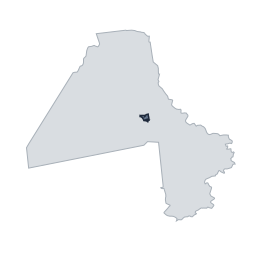 location of Dire, Timbuktu, Mali, rotated 264°
{"feature_id": "8926073B18441291459751", "entity_name": "Dire", "entity_type": "district", "adm_level": 2, "iso_a3": "MLI", "parent_name": "Mali", "parent_adm1": "Timbuktu", "projection": "natural_earth1", "projection_center": [-3.375, 16.321], "detail": "fine", "context": "in_parent", "style": "filled", "palette": "slate", "viewbox_px": 256, "rotation_deg": 264, "n_neighbors": 0, "source": "geoboundaries", "source_scale": "gbopen_adm2", "svg_char_len": 4658}
<svg xmlns="http://www.w3.org/2000/svg" viewBox="0 0 256 256"><g transform="rotate(264 128 128)"><path d="M40.8,199.7L40.9,198.7L40.1,198.0L40.1,197.6L40.5,194.6L40.5,193.8L40.8,192.3L40.3,191.6L40.2,191.1L39.0,189.1L38.6,187.5L38.0,186.4L36.5,186.0L36.0,186.9L35.6,187.1L35.1,186.4L34.9,185.8L34.9,185.3L33.0,182.7L33.2,181.3L33.9,180.6L34.2,179.4L33.5,178.0L33.6,176.6L33.5,174.8L32.4,173.1L31.7,172.4L31.1,171.3L31.6,168.6L30.5,166.4L32.6,167.3L33.6,166.5L34.6,165.3L35.4,163.8L35.8,162.0L35.9,160.4L36.8,157.9L37.8,156.7L39.8,154.9L40.4,155.1L43.7,158.8L45.6,160.7L46.3,161.7L46.9,161.7L47.9,159.9L48.9,158.3L49.3,157.9L52.7,157.7L54.5,158.0L56.0,158.5L58.2,158.6L64.1,157.4L64.2,156.7L64.1,155.8L64.4,155.1L64.8,154.5L65.3,154.4L65.4,156.5L65.9,156.8L67.3,156.9L110.6,156.9L112.4,146.0L109.2,142.0L98.5,25.0L119.0,25.0L122.6,27.6L188.7,79.1L189.0,80.8L188.9,83.1L189.5,83.8L190.4,84.5L194.2,86.7L194.5,87.1L194.6,88.0L195.1,89.2L195.9,89.8L196.8,90.3L197.9,90.6L201.3,91.0L202.1,91.5L203.6,93.5L204.4,93.9L209.0,95.0L210.4,95.6L212.1,96.5L212.9,97.3L213.0,100.5L213.6,102.6L213.6,103.1L212.9,104.0L212.7,104.6L211.9,106.2L212.1,106.9L213.7,108.1L214.5,108.5L215.4,108.5L225.1,106.3L225.5,136.1L225.1,136.6L224.9,141.8L224.2,144.9L223.0,147.2L222.2,150.7L221.8,151.3L221.4,153.3L220.7,154.4L219.5,154.9L217.2,157.1L217.1,158.8L211.8,157.8L211.5,157.9L211.2,158.1L211.1,159.0L197.6,159.6L191.0,160.0L186.9,164.0L184.2,164.4L180.8,164.1L179.1,164.0L178.4,164.3L178.3,165.0L172.9,162.9L170.9,163.6L170.6,163.4L170.3,162.9L169.4,162.7L167.8,162.8L166.7,163.1L163.3,166.3L161.5,167.1L158.1,169.0L155.7,170.6L154.8,170.9L153.5,171.0L152.4,171.3L151.4,174.9L150.7,175.3L146.7,173.8L145.8,174.0L145.1,174.5L142.9,176.6L141.7,178.3L141.1,180.6L141.2,182.1L140.8,182.5L139.8,182.6L137.9,182.2L137.3,182.4L137.0,183.5L137.1,185.9L136.7,187.6L135.6,188.1L134.7,188.8L134.0,188.9L133.4,188.8L130.1,186.3L129.0,185.9L127.8,186.2L126.6,187.2L124.5,189.8L124.7,190.7L125.3,191.8L125.7,193.1L125.7,194.3L122.7,196.0L123.4,197.3L123.3,200.6L121.9,202.2L121.4,203.2L120.1,204.3L118.9,204.9L115.3,205.8L113.8,206.8L113.1,207.7L112.9,208.6L113.1,209.7L113.8,211.9L113.5,214.0L113.0,216.3L112.4,217.4L110.7,218.6L110.9,220.1L111.1,222.3L110.8,225.2L110.3,227.1L109.9,226.9L108.2,227.0L106.5,227.6L105.8,228.1L105.7,228.7L104.2,230.3L103.2,230.2L102.3,229.8L101.8,229.4L101.7,229.1L102.3,227.9L102.3,227.5L101.8,225.3L101.9,224.7L101.7,223.1L99.6,223.7L99.5,224.0L99.8,225.1L99.6,225.3L98.9,225.2L97.9,224.9L96.8,223.9L96.6,224.2L96.5,225.0L96.4,225.9L96.7,227.6L96.4,228.2L94.7,228.1L93.3,228.3L93.0,228.9L92.8,229.5L93.2,230.2L93.1,230.6L92.5,231.0L92.2,231.0L91.5,230.2L88.4,229.4L88.2,228.3L87.8,228.3L86.8,226.9L86.4,227.0L86.1,227.2L84.9,227.1L83.8,228.3L83.0,229.7L82.2,230.4L80.9,230.7L81.1,229.8L80.8,228.5L78.1,226.9L77.7,226.3L77.0,222.6L77.0,221.6L77.2,220.6L77.2,219.9L76.9,219.3L76.1,218.7L75.2,218.5L74.2,219.2L73.7,219.3L73.2,219.3L73.0,219.0L73.0,218.7L74.2,216.7L74.7,215.9L75.8,214.9L76.1,214.5L76.2,214.1L76.1,213.8L75.3,213.5L74.2,212.5L73.5,212.4L73.0,212.0L72.5,210.6L72.2,210.3L71.7,210.2L71.2,209.8L71.2,206.4L70.1,203.8L69.1,200.5L68.6,199.7L67.7,199.1L66.6,198.6L65.6,198.5L64.4,198.9L64.4,199.2L65.1,200.3L65.2,200.8L65.1,201.4L64.8,201.8L63.3,202.2L61.3,203.3L60.6,204.7L60.1,204.9L59.3,204.7L54.0,202.4L51.7,203.4L50.2,205.5L49.9,206.1L49.2,206.7L48.8,206.7L48.4,206.3L46.8,203.2L46.2,202.5L45.3,202.4L44.6,203.0L43.8,204.0L42.9,205.0L42.3,205.3L41.7,205.1L39.5,203.0L39.4,202.6L40.4,200.1L40.8,199.7Z" fill="#d9dde1" stroke="#a8b0b8" stroke-width="1"/><path d="M136.7,149.7L136.8,149.7L137.9,149.5L139.7,149.5L139.4,147.4L138.2,146.5L138.2,146.3L138.1,146.1L137.9,146.1L137.7,145.8L138.8,145.7L138.9,143.7L139.0,143.6L139.0,143.3L139.0,143.1L138.9,142.7L139.0,142.6L139.1,142.4L139.0,142.2L139.0,141.9L138.9,141.8L139.0,141.7L139.2,141.4L138.9,141.3L138.5,141.2L138.3,141.2L138.2,141.2L138.0,141.3L138.1,141.7L138.1,142.0L137.9,142.1L137.7,142.4L137.1,142.9L137.0,143.2L136.8,143.7L136.4,143.5L135.7,143.8L135.4,144.0L135.1,144.3L134.7,144.5L134.3,144.6L133.9,144.5L133.7,144.6L133.6,145.0L133.8,145.3L133.7,145.6L134.1,145.9L134.3,146.2L134.3,146.4L134.1,146.4L133.8,146.3L133.5,146.2L133.2,146.6L133.1,147.4L133.0,147.6L132.6,147.8L132.2,148.1L132.1,148.4L132.3,148.5L132.6,148.5L133.0,148.3L133.3,148.2L133.6,147.9L133.8,147.9L134.1,147.9L134.3,147.9L134.4,148.0L134.5,148.0L134.6,147.9L134.7,148.0L134.8,148.0L134.8,148.3L134.7,148.5L134.5,148.8L134.5,148.7L134.3,148.7L134.1,148.7L134.0,148.8L133.9,148.8L133.8,149.0L133.8,149.3L133.7,149.4L133.6,149.5L133.6,149.8L136.7,149.7Z" fill="#64748b" stroke="#1e293b" stroke-width="1.5"/></g></svg>